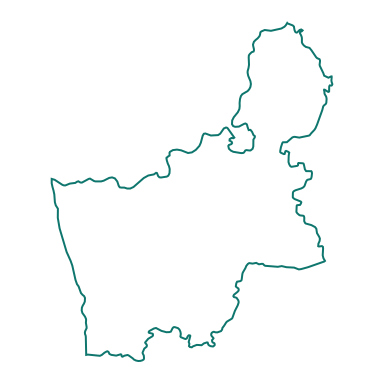 the Region of Grodno
{"feature_id": "BLR-2344", "entity_name": "Grodno", "entity_type": "Region", "adm_level": 1, "iso_a3": "BLR", "parent_name": "Belarus", "parent_adm1": "", "projection": "orthographic", "projection_center": [25.492, 53.866], "detail": "fine", "context": "isolated", "style": "outline", "palette": "teal", "viewbox_px": 384, "rotation_deg": 0, "n_neighbors": 0, "source": "natural_earth", "source_scale": "10m", "svg_char_len": 5978}
<svg xmlns="http://www.w3.org/2000/svg" viewBox="0 0 384 384"><path d="M271.0,30.8L281.4,28.5L284.5,26.7L285.8,25.3L287.2,23.0L287.5,23.4L292.7,25.4L293.9,26.5L294.5,30.0L295.2,31.8L295.9,32.4L296.6,32.6L297.2,32.4L299.6,30.0L300.4,29.7L301.3,29.5L302.6,30.4L301.9,31.2L300.3,32.0L299.9,32.8L300.0,33.3L301.1,35.4L301.7,37.0L301.9,38.3L301.9,42.4L302.4,43.6L303.8,45.4L305.8,46.9L309.5,47.9L311.4,50.2L316.2,57.3L317.2,58.2L319.5,59.2L320.0,60.4L320.0,61.5L319.6,64.6L319.8,65.8L323.3,73.1L324.2,75.7L328.4,77.7L331.2,76.4L331.6,76.4L331.7,76.9L331.4,80.6L331.7,82.2L332.3,83.9L332.3,84.5L331.8,85.4L331.3,85.6L329.8,85.4L329.5,85.8L329.2,86.6L329.1,91.5L328.6,91.9L328.0,91.8L324.7,89.7L324.1,89.7L324.0,90.0L324.4,91.6L324.5,93.5L324.8,94.3L326.1,96.5L326.4,97.6L326.6,99.0L326.3,102.8L325.8,103.9L323.8,105.6L323.2,106.5L322.3,110.0L317.1,124.5L315.5,128.2L314.4,129.9L311.0,133.5L309.8,135.1L309.0,135.6L299.3,137.6L295.1,136.9L293.9,136.9L292.4,137.4L286.9,142.2L282.9,142.3L282.3,143.1L280.9,147.4L280.2,151.1L280.3,152.2L280.8,152.7L283.8,154.1L284.6,154.0L285.4,151.3L286.1,150.9L288.4,151.9L289.2,152.6L288.7,155.7L288.5,162.0L289.1,164.0L290.1,165.9L290.8,166.5L291.5,166.8L297.1,165.9L297.9,165.4L298.1,164.9L298.1,163.4L298.5,163.0L302.9,163.3L303.5,163.6L303.9,164.6L304.9,169.3L306.1,171.1L311.3,171.2L311.8,172.0L312.0,173.4L311.6,176.8L311.2,178.2L310.7,179.0L307.5,179.8L306.8,180.4L306.0,181.8L304.7,185.5L304.2,186.4L303.2,187.4L301.4,188.4L295.4,190.3L293.7,191.3L293.1,192.1L292.9,192.9L292.8,196.7L292.9,197.6L294.5,199.0L300.7,201.5L301.3,202.2L300.9,203.6L300.0,204.9L297.1,205.2L296.7,205.8L296.4,211.9L297.2,213.2L299.1,214.9L300.1,215.4L303.1,215.7L304.0,216.3L304.3,217.8L304.2,220.4L304.3,221.4L305.2,223.1L305.7,223.5L311.4,225.1L315.1,227.1L316.3,228.7L317.0,233.1L319.3,237.0L319.9,238.7L319.6,241.0L318.4,243.7L318.2,246.2L318.9,246.5L321.9,246.1L322.9,246.8L323.1,248.6L322.7,255.3L323.5,258.4L325.0,260.9L324.3,261.5L308.0,267.2L301.1,269.1L298.8,269.4L294.1,267.6L286.5,267.2L281.7,266.1L277.8,266.8L265.2,265.8L264.3,265.3L262.9,263.9L261.3,263.9L259.0,264.3L256.2,262.9L252.6,263.6L249.2,263.1L247.9,263.9L246.3,265.9L245.4,268.1L242.8,272.6L242.4,273.9L241.7,279.4L241.4,280.4L240.4,281.1L237.1,281.7L236.3,283.3L235.8,286.3L236.3,287.0L238.4,288.5L238.7,289.5L238.6,290.6L237.5,291.9L234.0,294.7L233.5,295.7L233.4,296.3L234.0,297.1L235.8,297.5L236.7,298.0L238.3,300.4L238.6,301.5L238.6,302.7L237.7,305.4L234.9,310.9L232.4,317.9L231.8,318.7L227.1,321.5L226.2,322.4L224.2,325.6L222.4,328.0L222.1,329.6L221.0,331.1L217.3,332.4L215.4,332.3L213.9,331.8L213.2,331.9L211.9,332.7L211.4,333.5L211.2,334.2L211.3,335.4L211.8,336.2L213.4,338.0L213.5,338.4L213.2,338.8L212.0,340.2L212.2,341.7L212.8,342.5L214.3,343.2L214.7,344.1L214.6,345.2L213.9,345.9L213.0,346.5L210.8,346.2L209.4,345.6L208.3,344.6L207.7,342.6L207.0,342.4L203.9,343.4L201.6,345.2L196.8,344.9L193.1,346.3L191.8,347.3L189.9,347.0L189.0,346.1L189.4,343.8L188.7,342.0L190.2,336.4L190.3,335.9L190.1,335.6L189.8,335.3L188.7,335.3L187.7,336.4L186.8,338.4L185.7,339.0L184.7,338.8L180.9,337.2L180.4,336.5L180.8,333.9L180.4,331.7L179.4,329.5L177.9,328.1L174.7,327.1L174.0,327.1L173.3,327.4L172.5,328.3L170.9,331.6L169.4,332.1L166.4,332.2L161.5,330.9L156.0,328.0L153.9,328.5L149.4,331.0L148.8,331.7L148.7,332.2L148.8,332.6L149.2,332.9L152.6,333.7L152.9,334.1L153.0,335.2L152.8,335.8L152.2,336.4L148.2,338.8L145.2,342.4L145.2,342.8L146.7,344.7L146.9,345.8L146.5,346.8L144.3,348.6L142.6,352.5L142.7,353.4L143.8,355.6L144.0,357.9L143.9,359.0L143.5,359.6L142.4,360.3L140.4,360.9L138.2,361.0L135.9,360.5L133.9,359.5L132.7,358.3L128.6,355.4L127.5,355.0L124.4,355.7L122.6,356.7L122.1,356.6L121.7,356.2L121.3,354.6L120.7,354.3L116.2,355.6L111.4,354.9L109.5,354.0L108.4,351.8L107.4,351.3L106.6,351.5L104.5,352.7L101.7,355.0L99.9,355.8L87.9,354.6L86.2,354.9L85.8,336.7L85.6,335.5L85.0,333.9L84.9,332.3L85.2,331.1L86.6,328.2L86.6,327.0L85.9,322.8L86.1,320.0L86.0,318.9L85.0,316.6L82.4,313.0L81.7,310.5L81.9,307.6L82.8,305.5L83.9,303.7L84.8,301.6L85.0,298.0L84.1,296.1L82.6,294.9L81.0,293.1L78.6,286.4L77.0,284.2L75.5,279.9L72.3,265.6L70.6,260.8L66.6,251.9L59.6,228.4L57.8,217.9L57.9,208.7L55.8,205.4L54.9,202.3L54.3,194.3L53.5,190.5L52.5,187.0L51.7,183.3L51.7,178.9L54.7,179.8L62.5,184.9L64.0,185.4L65.4,185.4L69.8,183.6L75.3,182.9L76.9,181.8L78.3,181.3L80.4,182.5L81.9,182.6L88.7,178.9L90.0,178.6L94.0,181.0L95.4,181.4L101.1,181.4L103.7,180.7L109.2,177.9L112.1,177.4L114.9,178.4L117.3,181.5L118.7,185.8L119.7,187.3L121.4,187.6L124.3,187.6L127.1,188.5L130.3,188.5L133.5,187.0L143.8,178.0L148.3,175.5L153.9,174.4L156.1,172.8L157.0,173.1L158.1,176.0L159.4,177.3L161.0,177.5L166.8,176.6L168.3,175.7L169.5,173.2L169.7,169.1L169.0,166.2L167.8,163.6L166.8,160.4L166.4,158.1L166.6,157.6L167.1,157.5L167.9,156.6L169.6,155.5L169.5,152.8L169.9,151.9L172.9,150.1L177.0,149.6L181.1,150.3L188.0,153.0L191.9,152.4L195.8,149.9L199.4,145.9L200.8,142.8L202.7,135.7L203.8,133.8L205.4,133.5L210.9,135.5L218.1,135.1L220.2,133.7L223.8,128.5L226.0,127.5L227.1,127.8L227.7,128.3L234.3,137.6L233.5,138.2L231.5,138.0L229.7,139.1L229.5,140.6L231.6,141.7L232.1,143.0L231.4,144.1L228.9,145.0L228.3,146.0L228.9,148.7L230.9,150.6L233.3,151.8L241.1,153.1L243.0,153.0L244.0,152.5L245.3,150.5L246.3,150.1L249.6,150.5L250.6,150.4L252.6,148.8L253.3,146.5L253.4,139.6L254.7,137.5L254.9,136.8L254.7,135.9L253.8,135.4L253.4,134.9L252.1,131.9L250.5,129.9L248.7,130.1L247.5,126.8L247.2,125.4L246.7,124.2L245.5,123.5L244.2,123.8L238.9,126.6L235.1,126.8L233.2,126.1L232.0,124.2L232.2,120.4L233.8,117.2L237.8,112.3L239.4,109.0L239.7,106.1L239.6,103.0L240.0,99.1L240.9,96.1L242.3,94.2L247.6,91.1L249.2,89.3L250.4,87.0L250.9,84.0L250.4,81.1L248.2,75.8L247.6,72.8L247.7,70.9L248.5,68.1L249.0,64.9L248.7,57.3L248.9,55.3L249.9,53.9L251.7,52.2L253.6,51.5L254.0,50.2L253.9,49.0L253.2,46.0L253.0,44.6L253.9,41.8L255.6,40.0L257.6,38.4L259.4,36.3L260.0,34.8L260.4,32.3L261.4,31.4L264.7,30.0L271.0,30.8Z" fill="none" stroke="#0f766e" stroke-width="2"/></svg>